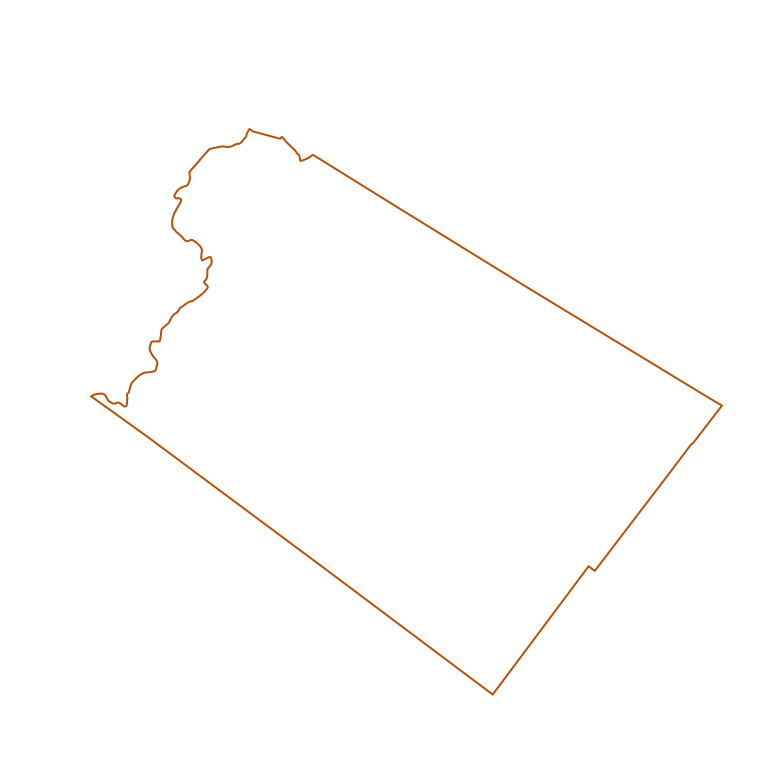 Imperial, California, United States of America, rotated 217°
{"feature_id": "52423323B37240473864365", "entity_name": "Imperial", "entity_type": "district", "adm_level": 2, "iso_a3": "USA", "parent_name": "United States of America", "parent_adm1": "California", "projection": "equal_earth", "projection_center": [-114.69, 33.026], "detail": "fine", "context": "isolated", "style": "outline", "palette": "amber", "viewbox_px": 768, "rotation_deg": 217, "n_neighbors": 0, "source": "geoboundaries", "source_scale": "gbopen_adm2", "svg_char_len": 2578}
<svg xmlns="http://www.w3.org/2000/svg" viewBox="0 0 768 768"><g transform="rotate(217 384 384)"><path d="M610.4,197.9L540.5,199.5L322.1,200.9L110.3,201.4L110.9,361.5L103.2,361.6L102.4,485.3L102.4,520.7L101.6,523.0L101.1,570.1L121.6,567.9L321.9,547.9L481.8,533.0L578.6,524.3L579.3,522.9L579.9,520.2L580.4,518.9L583.4,513.8L584.7,512.0L585.1,512.0L585.8,512.3L589.2,515.6L590.8,515.7L592.7,516.1L593.2,516.3L596.5,517.2L599.5,517.4L608.5,518.7L613.5,519.9L614.4,519.8L614.4,519.4L614.7,517.3L640.7,506.8L644.9,506.7L644.4,502.1L643.2,498.9L643.0,497.7L643.3,495.1L643.3,491.1L643.6,490.1L644.2,488.8L646.6,486.3L647.2,485.5L647.4,484.5L648.9,481.9L650.7,479.6L655.3,477.0L655.4,476.9L656.2,476.5L662.5,469.4L664.8,466.5L666.0,452.9L665.9,450.9L666.8,440.5L666.9,437.7L666.6,436.0L666.4,435.4L663.2,432.0L662.2,430.6L661.3,428.4L660.7,425.3L660.7,424.5L661.5,422.8L663.0,420.7L664.2,418.8L664.7,417.3L665.2,415.6L665.4,413.6L665.2,410.8L664.8,408.3L664.1,407.5L662.3,407.0L660.8,407.7L660.5,408.4L658.0,409.4L657.5,409.4L656.5,408.6L656.1,407.4L655.6,404.8L655.0,399.6L654.2,393.9L653.1,390.6L652.0,387.9L650.2,385.0L649.0,383.6L648.4,383.1L647.2,382.0L646.0,381.5L640.9,380.4L635.8,380.2L629.5,379.0L628.3,379.0L627.2,379.5L626.1,380.8L625.0,382.8L624.2,383.4L623.2,383.7L619.4,384.1L613.3,383.3L610.9,382.2L610.0,381.5L608.0,377.9L606.1,375.0L605.4,374.3L603.9,373.3L602.9,374.3L600.8,378.7L599.9,380.2L599.2,380.8L598.3,380.8L597.4,380.2L595.4,378.3L594.4,376.5L593.9,374.0L594.2,369.6L589.8,363.3L589.1,360.9L589.0,359.5L589.3,357.8L589.1,357.3L587.9,356.5L587.2,356.3L585.0,356.2L583.7,355.9L583.1,355.4L582.7,354.1L582.7,351.2L583.2,347.6L584.1,343.7L586.5,335.8L588.8,332.7L589.8,330.8L590.7,328.0L591.5,324.8L592.5,322.8L592.7,321.3L592.2,318.2L592.6,315.9L593.7,312.8L593.8,311.0L593.9,309.8L592.9,304.6L592.7,302.8L593.6,299.4L594.4,295.6L594.4,293.8L594.1,292.7L592.9,290.6L591.3,288.4L589.0,283.7L589.0,283.2L589.4,282.5L594.1,279.0L594.9,277.7L594.8,276.8L593.3,272.4L592.1,270.8L590.7,269.7L587.3,268.0L584.4,267.0L581.5,266.4L579.2,265.5L577.9,264.7L577.4,264.2L574.7,257.7L574.7,256.9L575.1,256.1L577.3,253.2L581.7,249.4L582.6,248.1L583.6,246.1L585.0,241.9L586.0,234.9L586.0,233.0L585.7,230.9L582.8,223.8L583.0,222.0L582.9,221.1L582.5,220.4L580.7,218.5L577.5,213.7L576.7,212.1L576.6,211.3L576.7,210.9L577.2,210.2L578.5,209.6L581.6,209.9L584.8,209.4L586.2,208.2L586.5,207.7L586.6,206.8L586.9,206.3L589.5,205.0L594.3,204.8L599.6,207.2L601.6,207.3L602.7,207.0L604.8,205.6L607.6,202.8L609.5,200.4L610.4,197.9Z" fill="none" stroke="#b45309" stroke-width="2"/></g></svg>